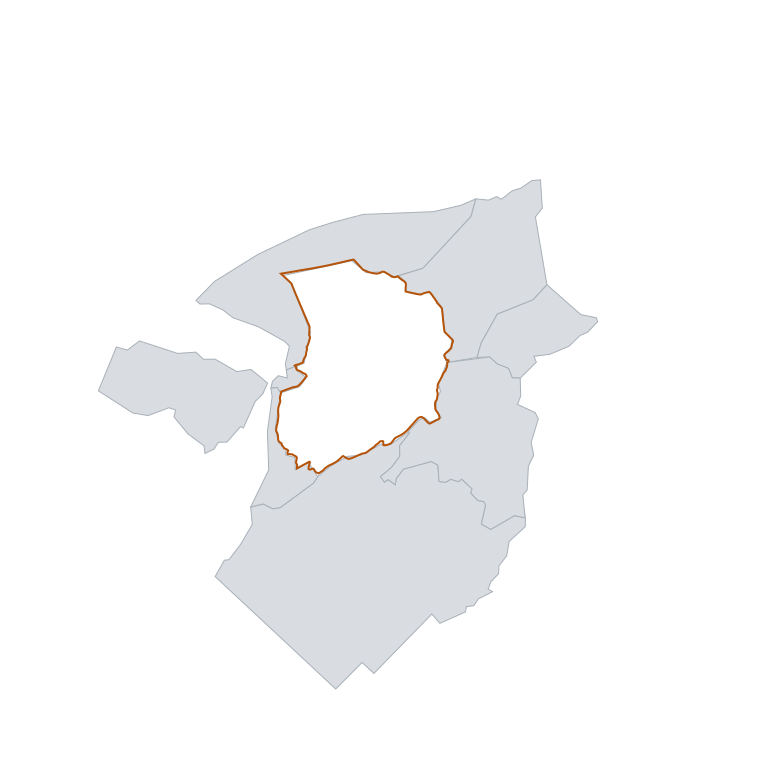 Ethiopia shown with its bordering countries, rotated 223°
{"feature_id": "ETH", "entity_name": "Ethiopia", "entity_type": "country or territory", "adm_level": 0, "iso_a3": "ETH", "parent_name": "Africa", "parent_adm1": "", "projection": "equal_earth", "projection_center": [38.934, 9.154], "detail": "fine", "context": "with_neighbors", "style": "outline", "palette": "amber", "viewbox_px": 768, "rotation_deg": 223, "n_neighbors": 8, "source": "natural_earth", "source_scale": "50m", "svg_char_len": 7322}
<svg xmlns="http://www.w3.org/2000/svg" viewBox="0 0 768 768"><g transform="rotate(223 384 384)"><path d="M434.6,565.9L434.4,495.3L450.9,467.2L460.1,466.8L472.9,453.2L491.6,452.3L531.9,394.3L519.8,394.4L472.9,371.5L456.7,344.8L465.0,327.7L469.7,331.2L479.0,347.2L486.1,347.3L515.1,340.1L539.7,329.4L552.4,328.3L566.4,323.5L573.1,317.0L578.5,316.9L577.9,343.5L564.6,392.8L543.8,445.8L531.6,467.5L514.8,493.9L465.5,543.6L449.7,567.1L443.1,582.0L434.6,565.9Z" fill="#d9dde1" stroke="#a8b0b8" stroke-width="1"/><path d="M408.8,640.0L388.2,620.6L387.2,609.4L332.5,567.7L332.4,547.2L348.8,512.3L340.9,480.3L334.1,466.9L352.7,442.6L360.2,445.8L360.2,456.7L365.1,463.1L375.1,463.1L393.3,479.5L414.0,482.9L418.2,474.9L431.3,466.7L437.2,473.3L447.0,473.3L434.4,495.3L434.6,565.9L443.1,582.0L433.0,589.7L429.5,597.8L424.1,599.2L422.0,612.9L417.4,620.7L414.6,633.6L408.8,640.0Z" fill="#d9dde1" stroke="#a8b0b8" stroke-width="1"/><path d="M199.1,389.9L188.3,381.5L183.4,375.9L185.1,354.1L177.1,342.1L175.9,329.2L170.8,323.5L170.9,312.4L168.0,305.0L163.0,306.1L168.5,291.1L167.1,283.2L171.9,277.3L169.0,272.9L179.9,247.1L192.1,248.4L194.0,165.4L210.1,165.4L211.3,128.0L376.2,128.0L380.6,146.3L377.6,149.7L379.5,169.0L384.6,191.5L397.6,203.1L390.5,213.9L380.1,217.0L375.6,222.9L368.0,263.4L369.4,271.1L367.1,287.5L361.3,306.3L352.6,315.8L345.0,338.3L338.2,343.7L333.8,363.8L333.9,381.1L333.9,366.1L331.9,365.7L330.5,349.5L323.2,342.0L321.6,328.1L323.4,313.9L316.8,312.6L315.8,316.9L307.2,317.9L310.6,323.5L311.7,335.0L296.6,359.5L289.2,361.4L277.3,350.2L271.8,354.2L270.3,359.8L262.9,363.4L262.4,367.4L248.1,367.4L246.2,363.4L235.9,362.8L230.7,366.1L226.8,364.4L217.2,347.9L206.8,350.5L198.8,376.7L189.5,382.4L199.1,389.9Z" fill="#d9dde1" stroke="#a8b0b8" stroke-width="1"/><path d="M369.4,271.1L368.0,263.4L375.6,222.9L380.1,217.0L390.5,213.9L397.6,203.1L409.7,242.5L436.8,269.7L457.0,298.2L464.0,304.0L459.7,308.7L453.6,307.0L432.8,276.8L420.5,269.2L410.7,269.0L407.3,265.0L399.0,269.5L390.4,260.8L385.9,275.0L369.4,271.1Z" fill="#d9dde1" stroke="#a8b0b8" stroke-width="1"/><path d="M588.2,184.2L605.0,228.6L594.9,233.7L592.2,248.7L555.8,265.6L543.3,279.0L532.8,279.0L524.6,286.9L500.1,292.7L491.1,304.0L469.7,305.2L465.9,294.0L466.3,283.5L456.9,256.0L459.8,255.0L459.3,234.4L465.4,228.3L463.9,220.4L467.6,211.1L473.4,216.0L493.4,213.8L515.1,216.7L518.7,223.0L525.2,219.8L535.0,200.0L547.9,191.5L588.2,184.2Z" fill="#d9dde1" stroke="#a8b0b8" stroke-width="1"/><path d="M453.6,307.0L459.7,308.7L464.0,304.0L467.4,309.9L467.0,317.9L458.9,322.5L465.0,327.7L459.8,338.0L456.6,334.6L445.2,335.6L443.9,324.5L453.6,307.0Z" fill="#d9dde1" stroke="#a8b0b8" stroke-width="1"/><path d="M332.5,567.7L287.4,569.0L273.8,577.3L270.3,575.3L270.4,560.7L273.7,553.3L274.5,537.7L283.1,518.6L293.3,506.5L287.5,503.9L288.4,481.2L294.4,476.0L303.5,480.3L315.1,475.8L325.2,475.8L334.1,466.9L340.9,480.3L348.8,512.3L332.4,547.2L332.5,567.7Z" fill="#d9dde1" stroke="#a8b0b8" stroke-width="1"/><path d="M288.4,481.2L275.8,468.4L272.4,460.1L253.9,466.2L247.4,463.8L236.6,441.7L225.9,434.0L222.4,422.4L206.9,404.0L206.9,397.7L189.5,382.4L198.8,376.7L206.8,350.5L217.2,347.9L226.8,364.4L230.7,366.1L235.9,362.8L246.2,363.4L248.1,367.4L262.4,367.4L262.9,363.4L270.3,359.8L271.8,354.2L277.3,350.2L289.2,361.4L296.6,359.5L311.7,335.0L310.6,323.5L307.2,317.9L315.8,316.9L316.8,312.6L323.4,313.9L321.6,328.1L323.2,342.0L330.5,349.5L331.9,365.7L333.9,366.1L333.9,381.1L331.8,387.0L324.2,387.5L319.2,398.5L328.0,399.9L335.3,409.3L337.7,417.0L344.3,421.5L352.7,442.6L325.2,475.8L315.1,475.8L303.5,480.3L294.4,476.0L288.4,481.2Z" fill="#d9dde1" stroke="#a8b0b8" stroke-width="1"/><path d="M352.3,442.8L352.1,442.5L350.8,441.1L349.6,439.3L348.9,437.4L348.2,435.7L347.9,432.1L347.0,429.9L346.2,427.2L344.9,422.0L344.3,420.2L343.3,419.0L342.2,417.9L341.1,415.6L338.2,413.6L337.0,412.0L335.1,409.3L334.6,407.9L334.5,406.6L333.9,405.3L332.8,403.8L329.4,400.7L328.5,400.3L327.3,400.0L325.5,399.7L323.1,399.0L321.1,397.8L320.1,396.9L319.9,396.3L320.1,395.3L320.9,393.6L322.3,389.5L323.3,386.7L324.0,385.9L325.8,385.7L327.8,385.8L329.2,386.0L331.2,386.0L333.6,385.8L334.6,384.9L335.3,383.8L335.6,383.1L335.8,381.3L335.8,379.9L335.6,374.3L335.6,370.9L335.5,367.0L335.5,366.2L335.5,365.2L336.1,361.0L336.7,358.6L337.1,357.4L338.6,353.4L338.9,352.1L339.0,351.0L338.4,345.6L339.4,343.1L340.7,340.7L341.8,339.6L342.7,338.9L343.1,339.2L344.2,340.3L345.5,341.5L346.2,341.2L347.1,340.2L347.8,339.2L347.7,337.3L348.4,333.5L348.3,331.3L349.0,328.5L349.7,324.7L350.1,322.2L350.5,320.9L352.5,318.2L354.2,314.4L355.3,311.6L357.4,307.1L358.5,305.4L359.4,304.7L360.7,304.3L363.0,303.8L364.7,303.5L365.0,302.9L365.1,302.0L365.2,299.9L365.5,296.4L366.3,293.0L367.2,290.5L367.6,289.3L368.2,288.2L368.8,286.3L369.7,282.1L369.6,279.3L370.8,274.2L371.0,274.2L373.0,273.2L374.9,273.1L376.7,273.8L377.9,273.9L378.4,273.6L378.9,272.7L379.4,271.4L380.2,270.6L381.2,270.4L382.6,272.0L384.7,276.1L385.3,276.4L385.6,276.3L386.7,273.0L387.6,270.4L389.2,265.6L390.1,262.8L390.9,263.6L391.8,265.0L392.7,265.7L393.7,266.1L394.2,266.2L394.9,266.7L397.1,270.1L397.8,270.9L398.9,271.0L403.2,269.9L405.8,267.9L406.2,267.1L407.0,267.1L407.8,268.0L408.2,268.8L408.7,270.0L409.7,270.1L412.2,269.3L413.4,268.9L414.5,269.3L415.8,269.6L416.6,269.6L418.6,270.7L421.0,270.3L422.1,270.4L423.2,270.9L425.1,272.7L427.5,274.8L431.0,276.3L431.7,277.0L433.4,279.4L436.0,284.1L439.5,288.7L443.2,292.2L445.2,294.7L446.6,297.7L447.9,300.5L449.3,301.7L450.5,302.6L451.8,304.7L452.7,306.5L454.0,308.4L452.6,311.2L450.8,314.8L448.6,319.1L447.9,320.1L446.0,322.7L445.7,323.4L445.4,325.3L445.3,328.6L445.6,333.0L445.9,337.0L446.9,337.4L448.1,337.7L449.5,337.2L451.1,336.7L453.1,336.5L455.4,335.7L456.7,335.0L458.1,335.1L459.3,335.8L459.9,336.4L460.8,336.6L461.9,336.6L461.7,337.3L461.1,338.4L460.3,339.5L459.6,340.7L458.2,343.9L458.1,344.3L458.3,344.9L459.1,346.3L460.0,348.7L460.4,350.9L460.8,351.9L461.8,353.1L463.3,355.6L464.1,357.2L465.7,358.1L466.2,360.2L467.5,363.3L468.8,365.8L470.0,367.8L471.5,368.5L472.0,368.6L475.0,372.2L477.3,374.9L477.8,375.3L481.9,377.1L486.6,379.2L490.3,380.8L495.1,383.0L499.8,385.0L504.2,387.0L510.5,389.8L515.5,392.1L519.4,393.9L520.3,394.4L525.0,394.4L529.7,394.4L534.6,394.4L531.1,399.0L527.1,404.2L523.0,409.7L520.3,413.2L516.0,418.7L512.5,423.4L508.8,428.5L505.5,433.1L501.2,439.4L498.4,443.5L494.1,450.0L491.3,454.1L490.9,454.3L486.9,454.0L483.1,453.7L478.2,453.3L477.6,453.3L476.2,453.7L475.3,454.1L471.8,455.2L471.2,455.5L468.2,457.2L465.2,459.2L463.7,460.8L462.4,463.1L461.9,464.7L461.4,465.4L460.4,466.1L454.2,467.6L452.3,467.8L449.4,469.1L447.8,471.1L447.4,472.2L445.3,472.1L441.6,472.4L440.0,472.8L439.3,472.8L437.9,472.8L436.7,472.4L435.9,471.9L435.0,470.6L432.8,468.0L431.3,466.4L427.9,468.3L424.8,470.1L420.5,472.7L418.0,474.6L417.3,476.5L415.4,479.9L413.7,482.0L413.0,482.3L409.2,481.8L407.8,481.4L405.5,481.0L402.4,480.3L400.3,479.5L398.0,479.4L394.8,479.1L392.8,478.5L390.7,476.6L388.1,474.4L385.4,472.0L382.7,469.6L379.4,466.8L375.8,463.8L375.0,463.4L374.6,463.4L370.7,463.3L366.7,463.1L364.0,463.0L363.1,462.7L362.5,462.0L361.6,459.7L360.6,458.1L359.4,456.1L359.3,453.3L359.6,450.3L359.9,449.3L359.8,448.3L359.8,447.0L359.1,445.7L355.2,444.2L354.5,444.4L353.9,444.9L353.1,445.3L352.6,444.9L352.2,444.4L352.2,443.5L352.3,442.8Z" fill="none" stroke="#b45309" stroke-width="2"/></g></svg>